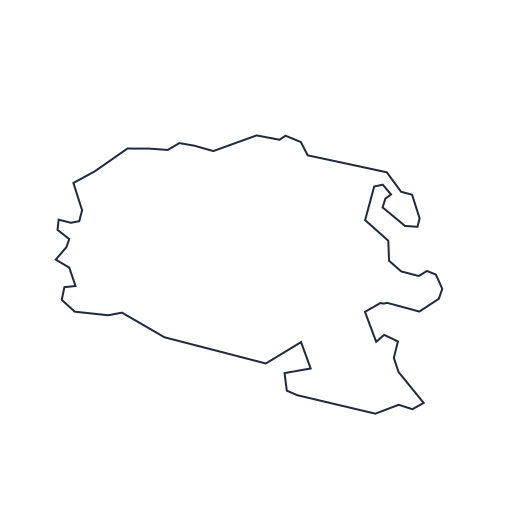 Jumgal, Naryn, Kyrgyzstan, rotated 195°
{"feature_id": "92254566B27312472706206", "entity_name": "Jumgal", "entity_type": "district", "adm_level": 2, "iso_a3": "KGZ", "parent_name": "Kyrgyzstan", "parent_adm1": "Naryn", "projection": "robinson", "projection_center": [74.373, 41.867], "detail": "fine", "context": "isolated", "style": "outline", "palette": "slate", "viewbox_px": 512, "rotation_deg": 195, "n_neighbors": 0, "source": "geoboundaries", "source_scale": "gbopen_adm2", "svg_char_len": 1016}
<svg xmlns="http://www.w3.org/2000/svg" viewBox="0 0 512 512"><g transform="rotate(195 256 256)"><path d="M83.9,244.6L68.3,262.0L67.6,272.5L77.4,284.6L87.0,285.8L93.6,278.8L111.8,278.7L126.2,285.8L132.2,305.0L159.9,318.9L159.8,353.7L152.0,357.7L141.5,350.4L145.9,344.9L146.3,335.7L119.8,323.6L107.6,326.0L107.7,334.7L121.1,355.6L132.5,355.6L151.3,370.7L232.1,366.6L242.2,377.7L258.7,379.8L263.3,374.4L286.7,372.6L324.4,346.3L344.2,346.6L359.3,345.2L368.7,335.6L387.4,332.0L408.0,326.5L433.9,295.8L451.3,279.3L436.4,256.1L435.8,255.1L435.8,245.3L435.7,243.9L443.3,240.2L456.0,240.0L454.5,229.9L440.8,224.0L441.4,215.5L448.5,200.7L433.3,196.4L422.6,180.3L433.0,176.3L432.3,163.4L416.7,155.3L383.4,160.5L370.8,166.6L323.4,153.8L218.7,154.7L190.2,184.5L174.1,161.5L198.1,150.3L191.4,133.9L180.1,132.2L99.9,134.6L79.7,149.2L65.3,148.5L56.0,157.5L88.3,180.8L96.5,193.3L96.8,210.2L111.8,213.0L117.7,204.2L136.3,230.3L123.6,242.8L120.3,243.1L117.0,244.7L83.9,244.6Z" fill="none" stroke="#1e293b" stroke-width="2"/></g></svg>